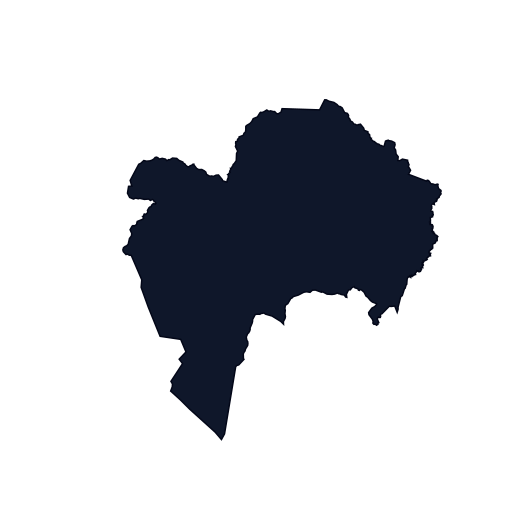 outline of Twifo Atti-morkwa, Central, Ghana, rotated 304°
{"feature_id": "2480657B2289284937660", "entity_name": "Twifo Atti-morkwa", "entity_type": "district", "adm_level": 2, "iso_a3": "GHA", "parent_name": "Ghana", "parent_adm1": "Central", "projection": "orthographic", "projection_center": [-1.532, 5.68], "detail": "fine", "context": "isolated", "style": "filled", "palette": "ink", "viewbox_px": 512, "rotation_deg": 304, "n_neighbors": 0, "source": "geoboundaries", "source_scale": "gbopen_adm2", "svg_char_len": 6165}
<svg xmlns="http://www.w3.org/2000/svg" viewBox="0 0 512 512"><g transform="rotate(304 256 256)"><path d="M266.0,394.6L267.5,395.3L268.3,394.6L269.4,395.1L271.7,391.6L273.0,391.4L273.8,391.6L273.6,392.1L274.6,393.4L275.8,393.0L276.8,392.0L277.8,392.1L278.5,392.7L288.9,394.6L289.7,396.2L292.1,399.0L288.3,404.5L291.3,403.6L293.0,402.4L303.3,398.7L304.9,399.4L311.8,397.4L312.6,397.7L316.0,396.6L316.8,396.8L321.2,394.3L322.5,393.9L324.1,393.8L324.7,394.2L324.3,394.0L324.0,394.4L324.9,395.2L324.8,396.3L325.9,395.8L325.4,394.7L325.8,394.5L326.6,395.4L326.5,396.3L327.0,396.1L326.9,396.7L327.4,396.5L327.8,397.5L328.6,397.5L329.1,398.1L329.6,397.8L330.0,398.5L330.7,397.7L333.3,397.9L333.8,397.6L334.3,398.7L333.9,399.0L334.0,400.0L335.2,400.9L337.6,400.6L337.8,399.6L338.7,399.5L339.5,400.8L341.0,399.3L341.4,399.8L341.9,399.8L341.9,398.3L342.5,398.2L342.7,398.8L343.4,397.6L343.7,398.0L345.0,397.5L344.6,398.3L345.9,398.2L348.1,399.6L348.5,399.2L349.0,399.7L349.4,399.0L351.2,398.9L351.5,399.4L352.9,399.6L353.7,400.6L354.5,399.9L354.4,399.3L355.9,399.3L355.4,397.5L356.8,396.9L358.0,397.3L359.0,397.0L359.7,397.9L360.3,397.7L361.4,398.1L364.3,396.0L365.4,396.2L366.7,397.2L368.1,397.1L368.6,396.6L370.0,397.6L370.9,397.1L371.3,396.4L371.7,396.5L372.0,395.9L373.8,395.9L374.1,394.1L373.7,392.6L374.7,391.2L374.2,390.4L375.3,389.7L375.1,389.3L374.6,389.5L375.0,389.0L374.7,388.2L376.0,388.0L377.3,386.7L377.9,387.1L379.7,386.1L379.4,385.4L380.3,385.0L380.5,384.6L379.4,382.7L379.7,382.3L380.1,382.8L381.3,381.9L381.3,380.9L382.4,381.2L385.4,379.0L387.2,380.4L387.9,379.6L388.4,380.1L389.7,379.6L390.0,378.8L390.7,378.6L391.7,377.5L390.9,376.0L391.7,375.3L394.2,375.0L394.6,374.1L395.3,374.0L395.3,373.5L395.9,373.2L397.2,373.0L398.0,373.4L398.4,375.1L399.2,374.4L399.3,373.7L400.2,373.8L401.8,374.7L402.1,374.5L402.3,375.0L402.8,375.0L402.9,374.5L404.0,374.6L404.3,373.9L407.0,375.0L408.1,374.5L411.0,374.7L412.2,373.2L413.3,373.2L413.8,372.6L414.0,369.5L415.1,368.5L415.4,367.7L417.2,366.9L417.0,366.1L415.2,364.6L414.6,362.2L414.0,361.5L413.8,360.3L414.9,357.6L414.9,356.1L414.4,355.5L413.4,355.5L409.0,336.7L413.5,336.2L414.8,333.6L414.8,332.7L417.5,331.6L418.1,330.1L418.8,329.8L418.8,329.1L420.2,328.1L418.2,323.2L415.3,321.8L414.5,320.1L417.8,318.4L418.9,315.1L422.0,312.4L422.9,310.1L426.0,309.1L427.5,307.6L427.1,304.2L425.9,301.5L426.0,300.9L424.7,299.8L423.7,299.1L418.7,300.8L418.0,300.4L417.6,297.9L417.1,297.2L417.4,295.3L416.7,293.8L416.9,293.0L416.7,291.0L417.2,290.4L416.5,289.0L417.0,288.1L416.8,286.0L418.1,285.8L417.8,285.0L418.5,283.8L420.2,282.2L420.2,280.4L421.6,279.3L420.7,275.5L422.2,273.8L423.7,268.9L422.0,267.2L421.5,267.2L420.8,266.1L420.7,264.6L420.1,263.4L421.0,261.0L420.8,258.8L421.9,257.4L422.7,254.9L424.1,254.3L424.9,253.2L425.3,251.8L424.4,249.3L427.0,244.6L427.0,242.3L426.3,240.8L426.9,238.5L426.9,234.7L425.1,229.8L424.8,227.0L423.9,225.6L412.7,227.0L392.7,195.2L389.3,196.3L386.3,194.9L385.6,193.5L386.2,190.7L385.4,189.6L384.5,186.9L383.1,185.7L383.1,183.3L379.8,181.8L378.2,180.6L377.8,179.5L376.9,179.2L372.1,179.4L368.3,176.9L365.0,177.3L362.5,176.9L358.7,175.1L357.7,175.1L354.7,177.1L352.6,177.9L351.0,177.4L349.5,177.9L348.6,177.7L345.3,175.4L344.7,175.9L342.4,175.5L340.7,176.4L339.5,175.3L338.1,176.0L337.3,177.0L335.3,177.7L332.7,182.2L330.2,182.5L324.0,186.3L320.5,186.3L319.1,185.9L318.1,186.4L317.1,186.2L315.5,186.5L314.6,186.5L314.4,185.9L313.7,186.6L311.5,186.8L310.9,187.8L309.2,187.3L308.5,187.7L307.7,187.0L307.3,188.1L305.2,189.2L305.1,189.7L304.1,189.9L304.0,189.4L303.5,189.5L300.9,190.5L299.7,186.2L300.5,185.3L302.2,179.6L300.7,177.7L298.3,176.3L297.5,174.4L296.3,173.1L296.0,169.4L297.5,167.4L297.7,165.4L297.4,162.7L295.6,160.1L295.4,157.8L296.7,153.9L297.4,153.1L296.7,152.3L295.4,152.0L293.9,150.9L292.3,150.4L291.8,149.3L291.9,147.0L292.5,145.8L292.4,143.6L293.0,142.8L292.2,138.6L292.6,135.7L290.5,132.0L287.7,130.8L286.9,129.5L285.9,129.3L285.2,128.6L285.7,126.8L284.5,123.6L282.4,121.8L282.6,119.5L282.3,118.2L281.3,117.3L279.1,117.0L277.2,116.1L275.5,114.8L273.4,112.2L272.4,109.6L268.3,108.6L266.5,107.5L248.3,109.4L244.5,114.0L242.5,111.4L236.2,114.3L233.9,118.5L234.7,122.6L236.7,123.8L237.6,126.4L238.8,127.4L240.5,131.8L243.2,135.2L243.0,137.4L244.9,138.4L245.0,139.5L244.3,141.0L244.4,142.1L243.7,143.6L242.7,143.6L242.2,141.6L239.6,141.0L238.4,141.6L237.3,140.6L236.2,140.3L233.1,140.5L232.6,141.2L231.2,141.9L228.8,141.3L228.6,140.2L228.1,139.8L226.1,140.5L225.5,140.0L225.4,140.6L224.5,141.1L224.5,141.7L223.4,141.7L218.2,138.2L217.5,138.9L216.7,138.6L215.5,139.5L213.0,138.3L212.4,137.0L211.5,136.6L207.4,136.9L205.2,140.4L202.9,141.5L199.8,141.3L194.2,143.5L191.9,143.0L190.9,142.2L188.8,141.5L186.6,142.2L185.4,143.6L184.5,147.4L185.7,148.4L185.8,150.5L186.8,152.2L172.4,174.6L165.8,178.3L153.5,195.1L135.8,221.4L144.8,240.2L137.3,251.6L127.5,250.0L125.7,255.3L104.5,255.6L103.2,258.3L100.8,259.7L96.3,260.8L94.4,274.0L91.9,286.9L87.1,320.7L84.5,330.0L90.9,329.4L152.8,301.1L154.3,301.2L156.1,302.6L163.6,303.8L164.0,302.9L167.6,300.3L169.2,299.9L171.0,300.0L173.1,299.3L177.2,299.1L178.8,298.3L180.4,297.0L181.1,295.3L181.9,294.8L182.5,293.9L183.9,293.1L187.2,292.5L188.1,292.9L190.5,292.7L192.3,292.0L192.7,291.4L198.3,290.3L200.1,289.6L201.4,288.7L207.1,288.1L208.3,289.4L209.9,291.9L210.7,292.0L213.2,294.5L213.1,296.4L215.2,302.9L215.6,313.1L214.9,316.9L216.9,315.4L220.5,315.0L222.2,314.3L224.4,312.2L227.4,310.6L228.5,309.4L230.9,308.2L231.8,308.0L234.3,309.0L240.4,308.6L241.0,309.2L243.3,309.7L247.2,312.9L252.7,315.9L254.6,317.9L256.1,321.1L259.2,321.9L261.0,324.3L262.5,330.3L263.1,330.3L262.9,330.8L263.6,331.6L264.1,336.2L266.6,340.5L268.5,342.6L270.8,344.2L271.1,346.2L271.7,346.7L271.6,347.9L273.0,351.0L272.1,353.3L272.5,354.4L274.7,352.4L279.2,351.7L279.9,351.9L280.7,353.1L283.3,353.2L285.6,354.6L284.9,355.8L285.8,358.7L285.0,360.0L285.3,361.0L286.3,361.0L286.9,362.1L286.4,365.9L284.3,369.6L284.3,371.7L283.1,375.7L282.9,378.2L283.9,382.7L283.2,383.1L280.5,382.7L277.6,381.2L272.1,381.0L270.5,382.5L268.7,387.7L267.9,388.9L266.7,390.2L265.8,390.3L265.5,391.0L265.3,392.0L266.2,393.1L266.0,394.6Z" fill="#0f172a" stroke="#020617" stroke-width="1.5"/></g></svg>